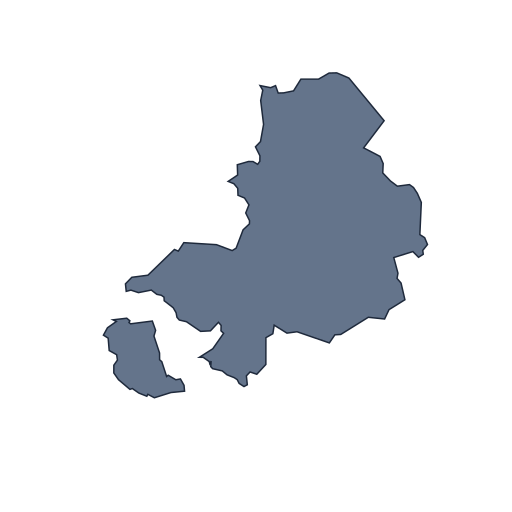 the district of Stordal nor, Møre og Romsdal, Norway, rotated 321°
{"feature_id": "86288312B96680032749803", "entity_name": "Stordal nor", "entity_type": "district", "adm_level": 2, "iso_a3": "NOR", "parent_name": "Norway", "parent_adm1": "Møre og Romsdal", "projection": "mercator", "projection_center": [7.073, 62.402], "detail": "medium", "context": "isolated", "style": "filled", "palette": "slate", "viewbox_px": 512, "rotation_deg": 321, "n_neighbors": 0, "source": "geoboundaries", "source_scale": "gbopen_adm2", "svg_char_len": 1957}
<svg xmlns="http://www.w3.org/2000/svg" viewBox="0 0 512 512"><g transform="rotate(321 256 256)"><path d="M440.7,231.5L440.2,176.2L434.0,164.5L427.9,159.8L415.9,157.9L402.2,146.8L389.1,151.3L380.1,146.6L375.8,143.3L378.4,135.9L373.3,134.4L366.4,126.1L365.6,131.4L357.5,138.1L344.7,158.5L331.5,169.9L324.3,170.8L322.1,180.6L318.6,184.8L315.0,185.8L313.1,180.7L309.6,177.8L298.9,173.3L292.7,181.5L281.3,180.5L284.3,185.9L284.4,191.9L280.2,197.5L283.6,203.7L282.7,211.8L275.1,216.1L273.2,224.5L271.1,226.9L262.5,227.5L245.5,237.4L240.9,236.8L232.4,222.3L208.3,200.2L198.7,203.3L196.7,199.6L159.9,202.9L146.1,194.4L137.0,195.5L132.9,201.8L137.3,203.8L141.6,210.5L153.2,216.6L154.8,223.4L157.7,226.9L158.6,230.1L156.5,233.0L159.1,244.1L158.2,249.8L156.0,253.9L156.1,257.5L160.6,263.3L165.5,279.7L173.5,285.5L185.1,283.9L185.2,288.0L181.7,292.1L182.2,295.7L164.0,300.9L148.3,299.1L151.2,301.5L153.2,308.6L152.3,310.6L155.0,309.4L151.2,313.5L151.4,316.3L157.5,324.1L158.7,330.1L162.5,336.8L163.6,340.3L162.7,344.4L164.5,349.9L168.2,350.6L173.1,343.1L178.4,342.4L182.2,348.4L195.4,346.5L212.3,325.7L220.2,327.0L226.6,321.2L231.5,335.4L240.2,340.7L258.3,369.7L267.7,366.9L272.5,370.3L304.7,374.3L316.3,385.9L325.6,381.4L344.2,383.7L351.7,368.3L351.5,362.2L355.5,358.7L362.1,343.9L380.7,351.3L381.5,359.3L387.1,359.9L389.1,356.6L396.5,355.0L398.6,347.9L396.8,342.5L418.2,318.4L420.8,308.9L421.5,301.9L420.2,297.1L409.8,290.7L407.7,282.3L406.8,271.2L413.0,264.2L415.1,256.7L407.7,239.7L440.7,231.5ZM115.4,316.1L118.7,311.2L119.9,304.0L115.8,301.7L112.7,293.4L110.7,293.4L116.3,278.8L115.8,276.0L120.0,270.7L126.3,254.0L131.2,250.6L134.5,241.3L115.9,229.8L115.4,227.8L117.2,227.0L116.4,223.0L104.7,215.6L106.3,219.0L95.4,218.3L87.6,221.5L89.4,226.8L82.4,237.1L85.6,245.0L82.8,249.7L76.8,251.4L71.9,257.4L71.3,265.6L74.1,280.3L76.5,281.2L78.7,288.8L82.9,296.3L84.9,295.4L87.8,302.2L104.0,308.6L115.4,316.1Z" fill="#64748b" stroke="#1e293b" stroke-width="1.5"/></g></svg>